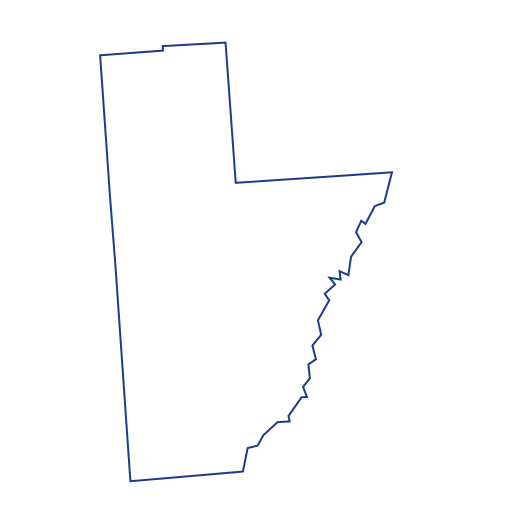 Brown, Minnesota, United States of America (Robinson projection), rotated 86°
{"feature_id": "52423323B40765245365821", "entity_name": "Brown", "entity_type": "district", "adm_level": 2, "iso_a3": "USA", "parent_name": "United States of America", "parent_adm1": "Minnesota", "projection": "robinson", "projection_center": [-94.665, 44.303], "detail": "fine", "context": "isolated", "style": "outline", "palette": "blue", "viewbox_px": 512, "rotation_deg": 86, "n_neighbors": 0, "source": "geoboundaries", "source_scale": "gbopen_adm2", "svg_char_len": 641}
<svg xmlns="http://www.w3.org/2000/svg" viewBox="0 0 512 512"><g transform="rotate(86 256 256)"><path d="M471.9,397.0L470.1,284.1L447.0,277.7L445.3,267.7L435.2,261.1L423.3,246.2L423.3,234.0L417.8,234.7L400.1,220.4L400.3,215.0L389.9,218.2L381.8,210.8L367.8,211.3L363.2,203.4L349.3,206.0L339.2,196.5L324.4,198.7L305.4,186.1L298.4,190.0L289.9,179.1L282.8,184.1L285.4,173.2L277.0,173.7L281.5,165.2L263.3,161.2L249.6,149.7L239.2,154.5L228.2,148.5L231.7,144.6L214.5,134.0L211.7,124.4L182.0,114.5L181.6,271.1L41.0,271.5L40.1,334.4L44.6,334.5L44.9,397.5L185.3,397.5L256.2,396.9L471.9,397.0Z" fill="none" stroke="#1e3a8a" stroke-width="2"/></g></svg>